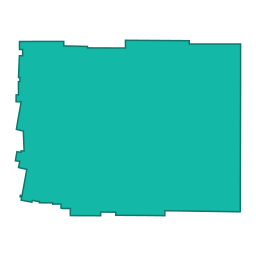 the district of Moreno, Santiago del Estero, Argentina
{"feature_id": "61730980B85651312060638", "entity_name": "Moreno", "entity_type": "district", "adm_level": 2, "iso_a3": "ARG", "parent_name": "Argentina", "parent_adm1": "Santiago del Estero", "projection": "robinson", "projection_center": [-62.704, -27.304], "detail": "fine", "context": "isolated", "style": "filled", "palette": "teal", "viewbox_px": 256, "rotation_deg": 0, "n_neighbors": 0, "source": "geoboundaries", "source_scale": "gbopen_adm2", "svg_char_len": 1006}
<svg xmlns="http://www.w3.org/2000/svg" viewBox="0 0 256 256"><path d="M19.5,41.5L19.5,49.5L22.6,49.5L22.7,55.7L19.4,55.7L18.5,77.5L19.9,77.5L19.9,81.6L18.4,81.6L18.5,94.8L16.1,94.9L16.1,101.8L21.2,101.8L17.9,120.1L16.4,129.4L23.3,131.0L24.1,150.9L24.1,151.0L21.0,150.9L21.0,152.3L16.9,151.7L15.4,160.8L19.8,161.3L18.5,167.5L26.8,169.4L22.1,195.4L22.0,195.6L20.4,195.3L20.1,196.8L21.7,197.1L21.1,200.1L31.9,202.2L32.2,200.4L39.6,201.7L39.4,202.8L52.7,202.9L52.7,204.1L61.0,204.0L61.0,208.1L62.6,208.5L70.3,208.5L70.3,215.6L100.7,215.7L100.7,212.0L115.8,212.2L115.7,215.3L149.8,215.5L160.0,215.6L164.8,215.7L164.9,210.7L239.6,211.8L240.1,211.8L240.3,211.7L240.3,210.5L240.3,207.2L240.3,198.0L240.6,74.4L240.6,69.4L240.6,64.8L240.6,44.0L240.3,44.0L240.0,44.0L234.2,44.0L230.2,44.0L189.3,44.0L189.3,40.7L125.4,40.3L125.5,47.9L125.5,48.0L125.4,48.0L115.6,48.0L87.5,47.9L87.4,46.4L85.1,46.4L63.8,45.9L63.7,41.4L54.1,41.4L44.4,41.4L19.5,41.5L19.5,41.5Z" fill="#14b8a6" stroke="#0f766e" stroke-width="1.5"/></svg>